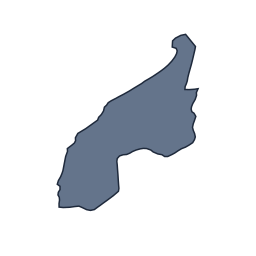 Natal, Rio Grande do Norte, Brazil (Equal Earth projection), rotated 239°
{"feature_id": "56859067B10091866773684", "entity_name": "Natal", "entity_type": "district", "adm_level": 2, "iso_a3": "BRA", "parent_name": "Brazil", "parent_adm1": "Rio Grande do Norte", "projection": "equal_earth", "projection_center": [-35.228, -5.802], "detail": "fine", "context": "isolated", "style": "filled", "palette": "slate", "viewbox_px": 256, "rotation_deg": 239, "n_neighbors": 0, "source": "geoboundaries", "source_scale": "gbopen_adm2", "svg_char_len": 1728}
<svg xmlns="http://www.w3.org/2000/svg" viewBox="0 0 256 256"><g transform="rotate(239 128 128)"><path d="M178.6,225.6L180.2,221.0L180.6,215.0L179.7,211.1L177.7,209.7L174.6,207.6L171.5,210.3L168.8,209.9L166.7,207.9L164.7,204.7L162.8,200.1L161.3,194.9L160.4,189.8L159.9,184.9L159.6,179.8L159.4,175.3L159.4,171.3L159.5,166.3L159.1,162.7L159.1,159.6L159.1,156.2L159.1,153.0L159.0,148.2L159.1,145.2L159.2,141.6L159.5,137.0L159.7,132.2L160.0,127.7L159.9,124.1L158.6,121.4L158.0,118.5L155.2,115.8L153.3,112.2L152.3,108.4L150.4,106.0L150.1,102.3L149.8,98.8L149.5,95.0L149.2,91.5L149.2,86.9L149.2,82.2L146.7,77.9L144.1,76.5L142.7,74.2L142.2,70.8L141.6,65.4L139.1,64.1L135.7,59.9L125.0,50.3L123.1,48.1L120.9,45.1L118.8,41.3L116.2,38.4L113.1,39.7L110.2,38.0L108.8,35.2L106.7,33.5L104.0,33.4L101.5,32.2L98.8,30.0L95.7,28.2L93.2,31.5L90.1,37.2L88.1,41.9L86.3,45.7L83.7,47.6L79.3,50.5L76.7,53.4L75.4,57.2L75.8,61.1L76.0,64.1L76.4,68.1L76.8,72.8L77.2,77.1L77.7,81.4L78.7,87.2L80.9,89.1L84.0,90.6L88.9,93.1L92.9,95.2L98.5,98.0L101.8,99.7L105.1,101.2L107.4,103.1L108.4,106.3L107.6,110.0L106.0,113.2L105.5,116.6L105.5,119.8L104.9,123.8L103.8,127.8L102.6,130.7L100.8,133.4L97.4,136.2L94.6,137.2L90.4,140.2L87.6,143.4L84.7,144.7L83.1,147.4L82.6,152.4L82.5,155.6L82.7,159.1L82.7,163.3L82.0,167.4L81.9,171.6L82.1,175.9L83.8,179.0L85.7,181.1L88.9,182.2L92.2,182.7L95.3,183.6L98.0,186.1L100.0,188.6L103.0,192.1L106.6,192.2L109.1,191.1L111.7,191.9L113.5,193.4L115.5,196.0L117.9,200.3L120.7,203.6L123.1,204.8L125.6,208.3L126.9,205.1L129.4,200.2L131.7,196.6L134.1,198.3L135.8,200.7L137.9,203.1L140.4,205.2L143.5,208.3L146.8,211.8L150.1,215.3L153.3,218.5L160.7,225.7L163.1,227.8L178.6,225.6Z" fill="#64748b" stroke="#1e293b" stroke-width="1.5"/></g></svg>